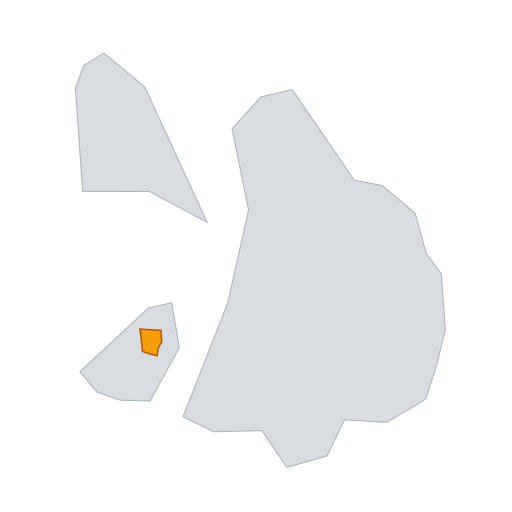 location of Wan Chai within Hong Kong S.A.R., rotated 86°
{"feature_id": "HKG-5154", "entity_name": "Wan Chai", "entity_type": "state/province", "adm_level": 1, "iso_a3": "HKG", "parent_name": "Hong Kong S.A.R.", "parent_adm1": "", "projection": "robinson", "projection_center": [114.179, 22.269], "detail": "fine", "context": "in_parent", "style": "filled", "palette": "amber", "viewbox_px": 512, "rotation_deg": 86, "n_neighbors": 0, "source": "natural_earth", "source_scale": "10m", "svg_char_len": 798}
<svg xmlns="http://www.w3.org/2000/svg" viewBox="0 0 512 512"><g transform="rotate(86 256 256)"><path d="M194.6,125.0L197.0,122.5L224.6,94.2L265.3,86.0L286.8,72.3L342.8,72.3L377.1,83.3L409.6,96.2L412.7,100.4L431.1,137.4L425.5,179.0L460.3,199.1L469.0,239.9L430.6,262.3L428.4,310.4L411.3,340.0L300.7,287.4L209.5,260.2L127.5,271.0L97.7,240.1L92.5,208.2L187.2,152.7L194.6,125.0ZM179.4,424.4L76.0,424.5L53.9,414.6L43.0,393.5L79.7,355.1L219.0,302.4L184.2,357.9L179.4,424.4ZM380.4,424.4L359.2,439.7L300.4,367.0L296.7,343.3L342.1,338.9L393.2,371.7L390.3,401.6L380.4,424.4Z" fill="#d9dde1" stroke="#a8b0b8" stroke-width="1"/><path d="M323.5,356.0L334.8,356.0L341.3,360.0L348.7,361.6L346.6,367.8L343.3,375.9L329.9,376.3L320.8,377.0L323.5,356.0Z" fill="#f59e0b" stroke="#b45309" stroke-width="1.5"/></g></svg>